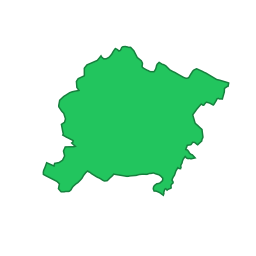 the district of Qutur, Al Gharbiyah, Egypt, rotated 299°
{"feature_id": "37247803B52105005453844", "entity_name": "Qutur", "entity_type": "district", "adm_level": 2, "iso_a3": "EGY", "parent_name": "Egypt", "parent_adm1": "Al Gharbiyah", "projection": "robinson", "projection_center": [30.964, 30.971], "detail": "fine", "context": "isolated", "style": "filled", "palette": "green", "viewbox_px": 256, "rotation_deg": 299, "n_neighbors": 0, "source": "geoboundaries", "source_scale": "gbopen_adm2", "svg_char_len": 4025}
<svg xmlns="http://www.w3.org/2000/svg" viewBox="0 0 256 256"><g transform="rotate(299 128 128)"><path d="M92.6,192.3L93.6,192.7L94.6,193.4L95.2,194.0L96.5,194.8L97.7,194.0L98.5,193.4L100.2,193.4L101.6,194.0L102.5,193.7L103.1,193.0L103.5,191.9L104.7,191.5L105.9,191.4L106.4,191.3L109.3,191.5L113.8,190.7L117.5,190.9L117.3,192.2L117.5,192.8L117.9,193.7L118.6,193.5L119.2,193.5L119.8,193.0L120.6,192.4L121.2,192.3L121.7,192.2L123.1,192.2L123.7,192.2L124.8,191.8L125.8,191.6L127.4,191.4L130.8,191.8L130.1,193.7L130.3,195.4L130.7,195.8L131.2,196.6L131.4,197.5L131.6,198.1L134.4,201.2L135.7,197.3L135.5,195.8L135.7,194.5L136.1,193.5L136.5,192.9L136.7,192.7L137.6,190.6L137.2,189.3L137.2,188.9L138.2,188.7L140.1,188.5L141.6,188.2L142.0,188.7L143.4,190.6L144.2,191.2L146.9,191.5L147.7,193.3L147.1,196.3L147.1,197.1L148.2,197.4L152.4,198.8L153.3,198.4L154.1,198.2L154.9,198.2L156.3,198.0L157.0,197.5L160.0,195.3L162.6,193.4L163.2,190.7L163.7,188.8L164.0,187.8L164.4,185.7L164.9,184.2L165.7,183.4L170.9,178.2L175.6,178.8L177.7,179.0L184.1,180.3L184.5,180.7L184.4,181.2L184.3,182.6L184.7,183.2L187.0,183.5L187.6,183.7L188.6,184.1L189.4,187.2L189.4,188.5L189.4,191.4L189.8,191.6L190.6,191.7L193.3,191.8L195.0,191.9L196.2,191.6L197.7,192.5L197.7,193.7L199.1,196.5L200.1,196.2L206.1,194.8L209.4,193.2L212.3,194.6L212.9,195.3L213.9,195.0L215.8,194.4L216.2,194.2L216.0,193.0L214.2,184.8L213.4,182.1L213.8,169.6L213.6,167.7L213.6,165.6L213.1,159.7L213.0,159.2L210.6,157.5L208.9,157.0L207.3,157.0L205.6,156.8L202.1,156.8L201.6,156.6L200.7,156.2L199.6,154.7L199.2,152.2L199.2,151.8L199.2,151.2L199.2,148.2L199.2,146.6L199.3,141.8L199.1,140.2L199.1,138.8L199.1,136.3L200.7,130.9L200.7,128.4L200.3,127.2L200.5,123.4L197.9,122.6L196.0,122.8L195.0,123.2L193.9,123.4L193.1,123.6L191.0,123.6L189.8,123.4L188.2,120.4L188.0,119.6L188.0,117.9L187.8,116.5L187.8,115.0L187.8,113.1L187.9,112.3L188.0,111.4L188.4,110.8L189.0,110.2L190.0,110.0L190.9,109.6L191.7,109.2L193.2,107.1L194.0,102.9L194.0,102.1L195.9,99.3L198.4,95.6L199.8,91.2L198.8,89.4L198.6,88.1L198.4,87.6L198.0,86.2L197.1,84.8L196.3,83.9L195.3,83.5L193.4,83.7L192.2,83.7L190.9,82.7L191.2,82.0L191.2,81.6L191.4,80.8L191.4,78.5L190.8,78.3L187.7,78.0L184.8,78.0L182.5,77.6L180.8,77.2L179.0,76.1L177.9,75.3L176.7,73.2L177.1,71.3L177.3,70.5L178.0,69.4L175.3,69.0L172.3,68.4L172.0,68.2L166.5,64.0L163.3,61.5L159.1,60.8L152.5,64.5L147.0,60.5L143.7,60.3L138.7,63.6L137.1,66.9L136.8,66.6L134.6,63.9L133.3,62.4L132.7,61.7L130.6,59.9L124.6,56.6L124.4,56.5L119.5,54.9L119.1,54.8L117.4,55.4L114.1,56.5L113.0,57.2L111.5,60.1L110.8,61.4L110.3,62.8L109.7,64.7L107.8,66.7L105.7,68.9L102.2,69.7L98.9,68.0L93.8,72.2L91.4,74.3L91.2,74.3L90.2,74.4L90.2,76.5L90.1,78.8L90.2,79.4L90.3,81.1L90.3,81.5L90.4,86.1L89.0,86.6L87.6,86.0L86.4,90.8L85.3,89.7L82.1,84.1L81.0,82.3L76.6,82.7L74.8,84.3L73.5,85.5L72.8,86.1L72.1,86.2L69.2,86.3L68.1,86.4L64.3,84.4L61.5,81.0L60.5,81.2L58.9,81.7L58.2,73.7L56.4,74.0L53.2,74.5L52.1,74.6L50.0,74.8L48.2,75.4L46.4,76.5L46.4,79.4L46.6,84.5L46.8,91.1L46.8,91.4L46.8,91.8L45.9,95.1L41.2,96.6L40.0,99.7L39.8,100.5L40.4,101.6L41.2,103.0L42.3,104.3L43.7,106.8L44.3,107.4L46.2,108.1L48.7,108.1L50.3,108.3L53.8,109.5L55.9,110.6L58.0,111.2L59.4,111.6L61.7,112.1L62.9,112.1L64.8,112.1L66.2,112.3L68.5,112.7L69.4,113.0L70.8,113.6L70.6,114.8L70.8,116.3L70.4,118.1L70.2,122.1L70.1,123.8L70.1,125.5L70.3,126.8L70.3,127.7L70.3,128.6L70.1,130.9L70.1,132.1L70.3,133.2L71.8,135.3L73.6,135.9L75.3,136.3L77.2,137.0L79.0,137.6L80.7,137.8L81.3,139.5L85.2,150.5L86.1,151.9L86.9,152.7L89.9,157.2L90.3,157.9L92.6,160.2L94.5,162.9L95.3,164.4L96.7,167.1L97.1,167.4L98.6,168.8L99.6,170.4L100.6,171.5L101.1,172.3L101.3,174.2L102.1,177.9L101.9,179.4L101.7,180.5L101.5,180.9L101.0,182.7L99.2,183.6L98.3,183.6L95.2,182.5L94.0,181.3L93.2,180.2L90.5,179.0L88.6,179.0L88.2,179.2L87.0,179.6L85.5,181.4L86.4,183.1L86.6,184.4L86.8,186.3L86.8,186.9L86.8,187.9L86.6,189.0L86.3,191.5L88.2,191.1L89.2,190.4L91.7,190.0L92.1,189.8L93.2,190.4L92.7,192.1L92.6,192.3Z" fill="#22c55e" stroke="#15803d" stroke-width="1.5"/></g></svg>